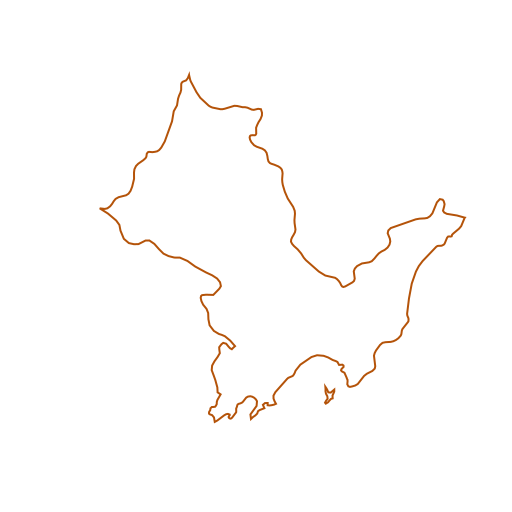 Bío-Bío, Mercator projection, rotated 217°
{"feature_id": "CHL-2702", "entity_name": "Bío-Bío", "entity_type": "Region", "adm_level": 1, "iso_a3": "CHL", "parent_name": "Chile", "parent_adm1": "", "projection": "mercator", "projection_center": [-72.611, -37.461], "detail": "fine", "context": "isolated", "style": "outline", "palette": "amber", "viewbox_px": 512, "rotation_deg": 217, "n_neighbors": 0, "source": "natural_earth", "source_scale": "10m", "svg_char_len": 4946}
<svg xmlns="http://www.w3.org/2000/svg" viewBox="0 0 512 512"><g transform="rotate(217 256 256)"><path d="M409.5,200.0L405.1,202.6L403.4,204.6L402.4,207.9L402.3,211.1L402.6,214.1L402.5,217.1L401.1,220.3L396.3,226.3L395.3,229.0L395.4,232.5L396.6,236.8L399.8,244.2L403.7,249.3L405.3,252.1L406.0,255.7L405.6,258.8L403.7,264.6L403.1,267.6L403.3,269.3L404.8,272.0L404.8,273.8L404.1,274.8L401.2,276.6L399.3,278.5L397.9,280.2L397.1,282.4L396.9,285.6L397.8,292.6L404.1,313.0L408.8,322.1L409.7,328.7L412.9,334.7L414.0,337.9L414.7,341.1L415.8,343.7L419.1,348.2L419.5,349.0L419.5,349.9L419.5,350.7L419.1,351.6L417.5,354.2L417.5,357.0L418.4,360.3L418.3,360.2L414.6,357.1L413.2,356.2L402.1,351.0L395.7,348.8L384.2,347.6L382.2,347.8L380.2,348.3L372.8,351.8L371.1,353.1L369.6,354.8L363.7,362.9L361.3,364.5L356.4,366.7L354.4,368.2L352.1,369.3L347.4,370.4L345.7,371.4L342.9,374.8L340.4,376.2L337.4,374.0L335.8,371.7L334.8,368.1L334.5,364.3L333.9,361.3L333.1,358.5L329.4,353.8L329.2,352.6L329.5,351.8L331.7,350.2L332.8,349.1L333.0,348.1L332.4,346.8L330.8,345.4L328.2,344.1L324.2,343.3L321.2,343.7L315.5,345.5L312.5,345.7L309.7,344.8L307.1,342.7L304.9,340.5L302.9,339.0L300.8,338.6L299.3,338.9L296.4,339.9L292.1,341.0L289.6,341.1L287.5,340.6L285.9,339.4L284.5,338.0L281.3,333.0L279.4,330.8L277.4,328.9L271.7,324.7L265.2,321.0L255.9,317.6L252.3,315.4L250.3,313.2L246.9,307.8L245.0,305.5L240.4,300.9L239.2,298.5L238.7,295.4L238.4,292.6L237.8,290.3L236.7,288.5L234.4,287.4L231.6,286.8L226.8,286.4L221.5,285.2L216.8,283.4L213.6,282.7L196.5,281.4L188.9,282.1L179.7,286.2L177.4,286.3L174.6,285.8L172.3,285.0L170.5,284.0L168.9,283.5L167.6,283.8L166.4,285.4L163.1,293.0L162.7,295.1L163.5,297.3L168.7,302.6L169.5,305.5L169.2,308.8L166.9,313.8L161.9,319.0L160.4,321.5L159.9,325.3L159.8,328.8L159.5,332.0L158.5,335.1L156.9,338.3L156.0,341.9L156.2,345.4L157.5,348.4L159.5,350.4L164.5,353.4L165.7,356.0L165.2,359.4L150.5,381.4L147.9,384.2L143.9,387.6L142.1,389.5L141.0,392.4L140.8,396.2L143.8,407.7L143.4,412.1L140.8,413.3L139.1,412.8L136.6,410.9L135.5,408.7L133.9,404.7L131.9,404.0L129.0,404.5L119.9,409.3L112.5,412.2L112.3,412.3L112.3,411.9L110.1,403.3L110.3,400.0L112.0,392.6L112.2,391.0L111.6,389.5L112.3,388.6L113.5,387.9L114.3,387.1L114.4,385.6L112.8,379.4L112.9,378.0L113.9,376.0L114.8,375.2L116.0,374.3L117.1,373.2L117.6,371.8L119.9,352.2L119.9,345.9L118.9,339.8L115.0,327.7L108.3,314.2L100.5,300.7L99.3,299.5L96.8,298.0L95.9,297.0L95.0,295.6L94.9,294.6L95.1,285.9L94.7,284.3L92.9,281.1L92.5,279.6L92.8,276.0L93.7,273.1L95.0,270.6L96.7,268.5L100.8,265.0L102.7,262.8L103.4,259.6L103.3,252.8L102.8,249.9L101.8,247.4L94.4,239.7L93.4,237.5L93.9,234.2L96.6,228.7L97.5,225.3L97.7,215.0L98.8,212.3L100.7,209.7L102.2,208.0L103.8,207.5L105.9,208.5L107.3,210.8L108.4,212.2L109.7,212.8L110.1,213.2L115.1,216.0L118.1,215.5L119.3,215.9L119.7,217.2L119.5,218.7L119.3,220.1L120.2,221.2L121.6,221.2L124.1,219.0L127.2,220.4L129.0,220.1L132.2,219.1L137.3,218.4L141.9,217.0L147.5,213.5L150.9,208.7L155.2,195.9L155.4,188.3L154.7,185.8L154.5,184.4L154.4,182.8L154.7,181.9L156.9,178.1L157.2,176.6L158.6,158.9L158.0,155.0L156.2,152.7L153.8,151.2L151.1,150.0L152.1,148.2L153.6,146.4L155.2,144.8L156.9,143.8L158.2,145.6L160.3,144.0L160.9,141.3L157.7,139.5L160.4,135.1L161.0,133.2L160.2,130.9L160.6,128.2L161.5,125.5L161.9,122.8L165.1,126.1L165.3,136.6L167.8,140.6L169.7,141.4L172.0,141.7L174.2,141.4L176.1,140.6L177.8,138.9L178.6,137.0L178.7,131.8L178.9,130.6L179.5,129.4L180.2,128.3L180.8,127.6L181.3,126.4L181.1,125.4L180.6,124.4L180.0,122.2L178.2,119.9L177.8,119.2L177.8,112.5L178.1,111.3L178.7,110.6L179.9,110.4L181.0,110.9L181.2,112.0L181.2,113.0L181.6,113.5L183.4,113.0L184.6,111.7L185.5,109.7L187.9,101.3L189.1,98.7L192.4,101.8L195.3,102.5L197.4,101.8L198.6,101.8L199.2,102.5L199.7,103.6L199.7,105.1L200.7,107.0L200.4,108.8L199.4,109.6L198.0,110.9L197.9,112.1L198.2,114.0L199.5,115.9L200.2,117.8L201.0,124.2L204.6,124.0L207.8,127.8L210.8,130.1L213.9,132.5L217.7,135.0L222.7,138.2L225.1,142.1L225.8,146.9L225.9,152.2L226.4,156.6L229.0,159.2L230.5,161.0L230.5,164.7L229.9,166.9L227.0,168.0L223.4,167.1L221.2,166.7L219.2,167.0L219.0,168.8L218.5,171.4L220.9,171.9L225.6,172.9L232.6,173.2L235.9,172.4L238.7,171.4L244.5,170.8L251.3,172.7L255.9,176.8L259.9,181.7L263.7,184.0L268.9,185.3L272.4,187.1L275.0,189.3L275.8,191.1L275.5,192.3L272.5,195.1L266.7,199.2L265.6,207.9L265.9,210.8L268.9,213.4L273.5,214.6L279.4,214.2L286.0,212.8L298.2,211.0L307.7,210.8L315.8,208.9L320.3,205.6L325.8,203.3L331.3,202.2L337.7,203.1L344.5,204.5L350.5,204.2L353.5,201.9L357.0,194.8L360.5,192.0L365.3,189.8L371.9,190.2L379.5,194.7L383.8,198.6L389.0,200.2L394.2,200.5L399.8,200.8L409.5,200.0ZM110.4,182.6L111.4,180.1L112.6,180.4L112.9,182.6L112.9,185.1L114.6,186.9L117.2,188.1L119.1,189.8L120.4,191.6L121.9,193.3L119.9,192.6L118.2,191.8L116.2,190.6L114.1,191.9L113.4,195.1L113.1,196.4L111.9,194.8L110.9,190.6L109.1,188.4L110.1,187.1L110.4,184.3L110.4,182.6Z" fill="none" stroke="#b45309" stroke-width="2"/></g></svg>